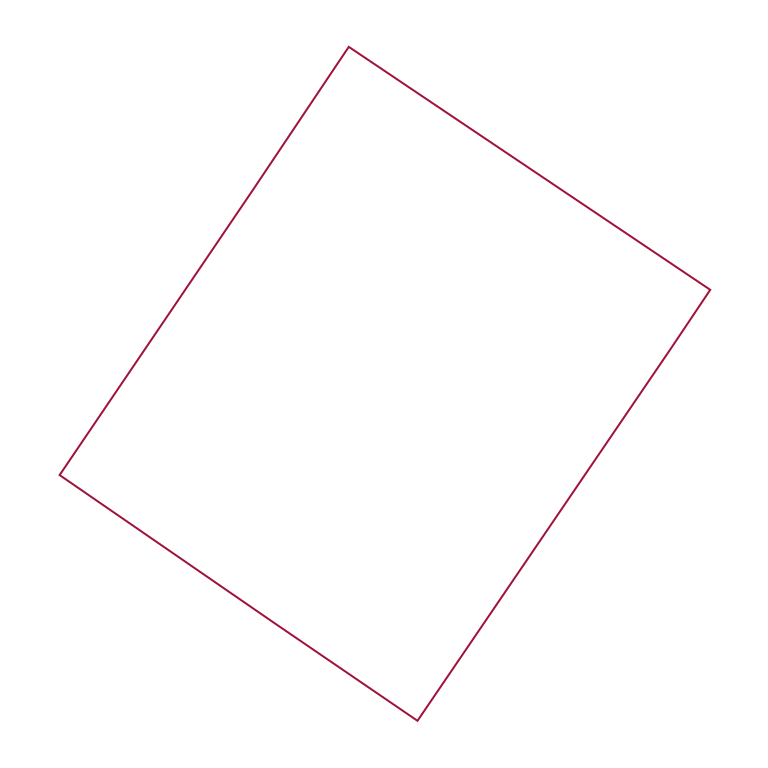 Thomas, Kansas, United States of America (Albers equal-area conic projection), rotated 304°
{"feature_id": "52423323B39494503995541", "entity_name": "Thomas", "entity_type": "district", "adm_level": 2, "iso_a3": "USA", "parent_name": "United States of America", "parent_adm1": "Kansas", "projection": "albers", "projection_center": [-101.056, 39.351], "detail": "fine", "context": "isolated", "style": "outline", "palette": "rose", "viewbox_px": 768, "rotation_deg": 304, "n_neighbors": 0, "source": "geoboundaries", "source_scale": "gbopen_adm2", "svg_char_len": 274}
<svg xmlns="http://www.w3.org/2000/svg" viewBox="0 0 768 768"><g transform="rotate(304 384 384)"><path d="M123.5,600.1L574.1,602.0L644.5,601.8L643.8,166.3L627.8,166.3L471.8,166.8L127.1,166.0L124.5,426.0L123.5,600.1Z" fill="none" stroke="#9f1239" stroke-width="2"/></g></svg>